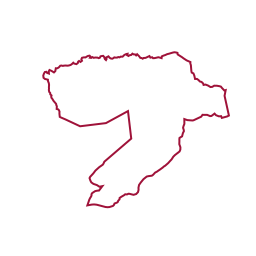 the district of Santa Fé de Goiás, Goiás, Brazil, rotated 284°
{"feature_id": "56859067B58729650453779", "entity_name": "Santa Fé de Goiás", "entity_type": "district", "adm_level": 2, "iso_a3": "BRA", "parent_name": "Brazil", "parent_adm1": "Goiás", "projection": "albers", "projection_center": [-51.164, -15.663], "detail": "fine", "context": "isolated", "style": "outline", "palette": "rose", "viewbox_px": 256, "rotation_deg": 284, "n_neighbors": 0, "source": "geoboundaries", "source_scale": "gbopen_adm2", "svg_char_len": 3259}
<svg xmlns="http://www.w3.org/2000/svg" viewBox="0 0 256 256"><g transform="rotate(284 128 128)"><path d="M122.0,60.3L121.2,65.2L118.1,81.1L127.4,105.4L144.4,123.9L118.5,133.7L89.6,113.2L87.4,112.8L86.3,112.4L83.1,109.6L78.8,106.7L75.5,105.3L71.5,103.1L70.1,102.8L67.9,104.2L66.4,105.5L65.4,108.0L65.1,111.6L64.1,114.5L65.4,117.2L60.3,115.0L59.7,113.2L58.8,111.4L56.2,109.0L54.9,108.6L53.8,108.9L52.7,108.8L51.0,108.2L49.2,107.8L46.7,107.6L43.1,107.3L45.1,111.8L45.7,114.0L46.0,116.3L45.9,125.3L46.2,127.3L46.8,129.1L48.7,132.2L49.7,132.9L51.5,133.2L52.9,135.3L53.8,136.0L55.1,136.1L56.6,137.0L58.1,136.8L59.7,138.2L61.9,140.5L63.0,141.3L63.3,143.1L64.3,144.3L64.5,145.4L64.5,149.5L65.9,151.9L68.2,153.2L70.6,153.2L72.6,152.6L75.4,152.5L78.3,153.6L82.1,155.4L85.4,157.9L86.2,159.4L87.5,162.7L88.7,163.7L91.3,165.1L92.7,166.7L93.9,167.7L95.2,168.9L98.2,171.4L99.2,172.0L100.4,173.2L103.7,175.5L105.8,176.6L108.1,177.9L111.1,178.9L113.1,180.1L117.7,183.7L119.7,184.0L122.0,183.5L124.7,181.7L127.9,181.0L129.7,180.5L130.9,180.4L133.0,182.5L136.3,182.5L138.5,183.0L139.7,182.5L141.5,181.4L143.3,181.4L145.6,181.7L150.3,180.5L150.0,183.6L150.9,188.8L151.4,189.8L156.7,196.3L158.8,197.1L159.9,201.6L159.4,204.8L159.9,206.1L162.9,208.5L161.7,210.3L161.3,213.4L162.0,215.5L160.5,216.6L163.2,221.4L164.5,222.9L165.9,222.2L182.6,213.9L188.4,213.6L187.7,212.4L189.7,209.3L190.6,208.2L190.7,206.8L190.5,203.9L189.9,201.4L188.3,199.8L187.7,198.1L188.6,195.2L188.9,192.7L188.1,190.9L189.4,190.1L190.5,188.2L190.5,186.5L191.6,184.8L192.3,183.1L191.8,181.2L194.8,179.7L196.8,178.3L197.2,176.4L198.6,175.7L204.2,173.8L205.8,172.8L207.1,172.6L207.8,168.5L209.0,165.1L209.8,163.2L211.4,158.4L212.9,157.8L212.9,156.2L212.7,154.6L211.9,153.0L210.0,149.8L209.1,148.1L207.8,146.5L206.8,144.9L205.7,143.5L203.9,143.7L204.0,142.0L204.0,140.3L203.1,138.6L202.3,137.0L201.8,135.4L202.5,134.3L201.7,132.7L203.0,131.4L201.7,129.8L200.3,128.1L199.7,126.2L198.8,125.5L199.2,124.2L199.0,123.0L200.2,121.6L201.8,119.0L200.4,118.3L201.1,117.1L200.8,115.6L201.2,114.3L199.7,113.5L198.9,111.8L198.0,111.1L198.4,109.6L199.9,109.6L199.4,108.5L198.0,106.8L195.9,105.5L195.5,103.7L194.5,102.7L194.5,101.4L193.7,100.4L193.3,99.0L193.2,97.6L192.3,97.0L191.4,95.9L191.3,94.5L191.7,93.2L192.8,91.7L191.1,89.7L189.8,90.5L188.6,90.2L189.3,88.9L191.2,87.6L192.0,86.5L191.6,85.4L190.9,84.0L189.4,83.7L188.7,82.7L188.9,81.4L188.5,79.3L187.8,77.7L188.2,76.4L187.1,75.3L187.0,74.1L188.1,74.5L188.9,73.2L188.2,71.7L187.3,70.7L186.2,69.7L185.9,68.2L185.0,66.4L183.4,66.1L182.1,67.1L180.6,65.9L181.2,64.3L180.3,63.6L178.9,63.6L177.5,62.5L177.5,60.1L178.1,59.1L176.6,58.2L175.3,57.1L174.3,55.4L173.8,54.1L173.6,52.7L173.1,50.9L172.5,49.8L172.5,48.3L172.0,47.2L170.8,46.6L169.8,46.0L168.7,44.7L168.5,43.5L165.6,43.7L164.0,42.7L164.9,40.0L165.3,37.8L163.7,37.4L161.7,38.1L161.9,36.1L162.8,35.2L162.2,33.8L160.5,33.3L158.4,33.1L156.3,33.9L155.5,35.5L155.5,37.2L155.5,38.6L154.4,38.9L153.2,39.7L152.4,40.3L150.7,41.0L148.4,41.4L147.2,41.8L145.8,42.0L144.0,42.8L143.2,44.0L141.8,44.5L141.1,45.9L139.9,45.9L138.8,46.4L138.0,47.5L136.2,49.3L135.1,50.9L134.0,52.4L132.7,53.0L131.9,53.7L129.2,54.2L129.2,55.7L128.6,56.6L127.5,57.5L125.3,58.0L122.3,59.1L122.0,60.3Z" fill="none" stroke="#9f1239" stroke-width="2"/></g></svg>